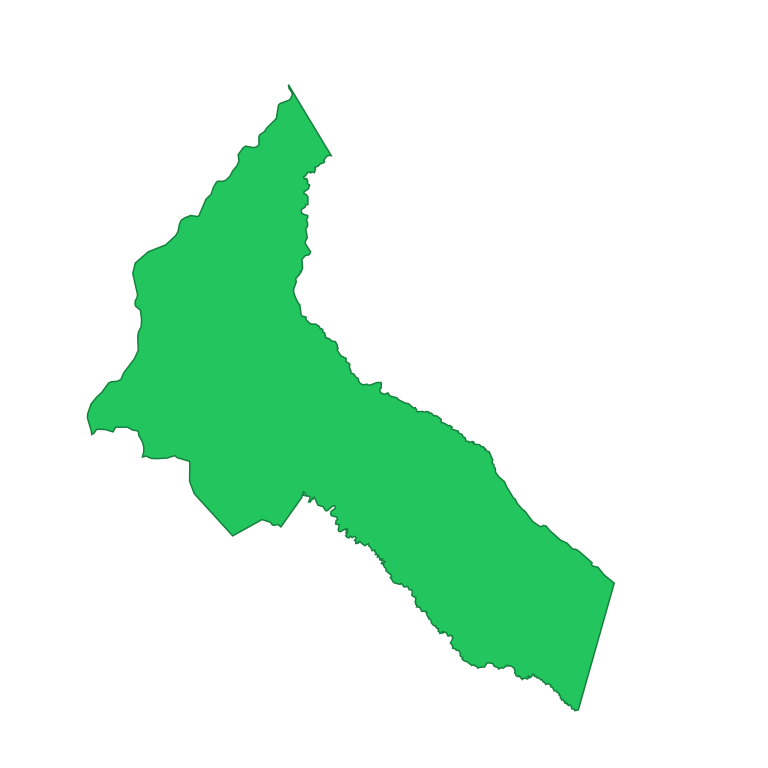 outline of Mitete, Western, Zambia, rotated 196°
{"feature_id": "96606910B13624449135340", "entity_name": "Mitete", "entity_type": "district", "adm_level": 2, "iso_a3": "ZMB", "parent_name": "Zambia", "parent_adm1": "Western", "projection": "mercator", "projection_center": [22.406, -14.284], "detail": "fine", "context": "isolated", "style": "filled", "palette": "green", "viewbox_px": 768, "rotation_deg": 196, "n_neighbors": 0, "source": "geoboundaries", "source_scale": "gbopen_adm2", "svg_char_len": 6171}
<svg xmlns="http://www.w3.org/2000/svg" viewBox="0 0 768 768"><g transform="rotate(196 384 384)"><path d="M558.4,645.4L556.7,641.9L553.0,638.9L551.8,636.5L552.5,632.4L553.1,631.0L561.1,625.1L562.3,622.9L560.7,609.5L567.2,597.9L568.5,593.7L572.2,589.1L572.3,586.7L570.1,579.4L571.7,577.0L574.4,575.3L582.5,574.5L584.4,572.4L587.4,564.3L584.9,558.4L585.5,553.3L588.2,547.1L589.4,541.1L592.2,536.3L594.9,534.4L599.5,533.2L600.7,531.8L602.2,526.0L602.4,518.9L606.0,512.7L608.3,494.7L609.4,493.6L616.2,492.7L621.4,488.7L624.0,485.6L624.7,481.2L624.0,473.6L625.3,468.9L632.3,457.4L647.0,446.2L656.4,431.7L656.0,421.1L645.5,401.9L645.2,398.8L646.0,395.7L645.4,392.3L644.2,390.4L638.4,387.7L634.7,378.9L633.2,372.0L634.3,366.3L633.8,361.7L629.5,348.6L630.8,339.8L637.3,322.8L638.1,316.0L640.7,313.3L646.7,311.0L648.9,309.2L653.1,297.9L656.4,292.6L660.1,284.1L660.6,273.5L659.8,269.8L652.1,257.6L651.1,254.9L649.3,256.7L647.7,261.3L639.6,263.4L631.2,263.3L630.1,268.5L618.6,271.8L612.7,270.4L608.8,271.0L607.0,270.4L605.5,266.9L600.4,261.9L597.5,257.2L596.2,252.3L596.1,247.2L592.7,249.2L587.5,248.3L582.1,249.5L572.2,253.0L565.4,257.4L562.1,256.1L550.1,256.1L549.0,255.0L544.1,237.0L536.2,226.3L487.6,196.3L463.8,220.1L454.7,219.7L453.0,218.0L451.4,217.6L447.1,219.7L443.7,218.2L431.8,252.2L432.0,254.8L429.9,254.9L431.9,257.1L431.7,258.1L430.2,258.0L427.8,254.9L425.0,255.5L423.5,254.8L424.0,249.9L422.4,250.2L421.8,252.5L420.5,253.8L420.5,255.6L419.6,255.8L414.0,249.3L408.7,249.3L405.2,246.1L403.6,246.6L399.9,252.3L398.1,253.3L396.9,252.6L396.7,250.8L399.8,247.0L399.2,243.9L398.0,242.9L393.5,243.1L391.8,242.1L391.4,240.9L392.4,239.7L391.9,236.1L388.1,236.2L387.9,231.6L386.9,230.0L385.2,230.0L381.3,234.0L379.3,234.6L378.7,233.9L380.2,232.7L378.0,231.5L379.6,230.4L378.3,228.9L379.0,227.5L377.3,226.5L375.1,226.5L374.4,228.6L372.3,227.5L370.5,229.4L369.4,229.3L368.3,228.4L369.2,225.5L367.8,225.2L367.2,222.9L364.9,223.9L364.8,225.4L364.0,225.4L364.6,226.1L358.0,223.2L354.8,226.3L353.7,223.9L351.8,223.4L349.6,220.5L346.8,221.7L346.8,220.3L344.4,219.1L345.2,217.8L342.2,217.8L342.6,216.0L341.3,216.7L339.6,213.9L338.3,213.8L338.8,215.1L336.9,215.3L336.8,214.0L334.1,213.5L335.1,211.6L336.8,212.2L337.0,210.7L335.0,210.4L333.1,208.0L331.3,207.3L330.6,205.0L324.9,202.5L323.6,200.8L324.7,199.8L319.8,195.7L313.4,195.8L312.5,197.2L308.7,194.4L305.4,196.0L303.1,193.2L300.8,193.6L299.8,193.0L298.9,188.4L294.3,187.1L293.9,182.8L293.2,182.8L292.8,180.9L291.1,180.4L291.3,178.8L288.0,179.1L285.1,175.8L281.2,177.2L280.9,176.1L279.3,175.8L279.7,174.8L277.6,172.1L276.8,172.2L276.3,170.7L275.7,171.1L273.5,169.5L272.5,167.3L269.5,165.5L267.7,165.8L267.1,164.6L265.3,163.6L264.2,163.8L263.7,161.2L261.8,160.6L261.5,159.6L260.0,160.7L260.0,161.9L258.8,162.3L258.6,161.1L257.7,162.2L255.4,162.2L253.4,159.5L252.0,159.6L251.4,160.7L249.1,160.8L249.1,159.9L247.7,158.9L248.7,153.3L245.6,151.0L245.2,148.9L242.1,149.1L241.2,147.9L238.9,148.6L235.8,145.5L236.2,144.4L235.6,143.5L232.9,142.8L233.3,141.3L231.3,140.1L227.1,139.8L222.2,137.6L220.2,138.8L218.7,138.0L217.7,138.4L215.4,136.7L214.5,137.8L209.3,139.7L208.3,143.7L207.1,144.6L202.4,145.3L200.2,143.0L196.0,142.8L195.3,141.6L193.1,143.7L191.3,143.6L189.7,145.2L189.1,147.0L187.8,146.8L187.7,147.7L185.8,147.3L185.3,148.0L180.5,146.9L180.1,145.5L178.9,144.7L178.8,142.3L177.4,141.5L176.9,140.2L174.5,139.6L173.8,140.8L169.9,138.1L169.7,139.2L169.0,138.9L167.8,140.0L164.8,140.0L163.9,141.6L165.3,142.4L164.5,143.1L162.7,141.9L161.4,143.6L161.4,145.4L160.6,145.3L160.2,146.3L159.0,145.6L158.7,144.4L156.2,144.7L155.7,143.6L154.0,144.1L151.8,142.8L150.6,143.4L149.0,141.6L146.5,141.1L145.9,139.8L143.1,141.3L140.7,140.4L140.4,139.0L138.1,138.6L136.0,136.0L133.5,136.4L132.7,135.3L130.3,134.9L129.8,133.0L128.7,133.0L127.8,130.6L126.4,130.2L126.2,129.2L125.0,130.1L123.5,128.4L122.0,128.5L122.1,127.1L119.6,127.4L119.7,126.6L117.9,125.8L117.6,126.6L116.1,126.7L113.6,123.4L112.1,124.1L110.4,122.6L107.4,124.3L107.8,256.0L120.1,261.3L127.7,266.8L133.1,266.5L134.8,267.4L134.7,269.5L146.4,275.1L152.2,277.6L154.5,278.0L156.9,277.2L164.3,281.5L170.8,282.4L183.8,288.6L189.1,292.1L192.0,292.0L192.6,290.7L195.0,290.0L203.1,292.8L213.5,300.6L217.2,302.1L223.2,306.1L226.0,309.3L228.6,310.5L237.8,319.1L241.4,323.4L247.9,326.3L252.4,329.9L253.9,333.7L255.5,334.9L256.2,336.7L258.2,337.8L258.6,341.1L264.3,347.9L266.5,347.9L268.7,349.5L269.1,348.8L269.9,350.3L271.5,351.0L273.1,350.6L275.3,352.0L280.6,351.0L281.6,352.9L282.8,353.0L282.6,352.2L283.5,352.8L285.5,351.4L286.8,352.1L289.5,351.6L291.0,354.6L293.3,355.0L295.1,357.0L299.2,357.6L299.7,359.2L306.6,359.2L307.1,360.5L306.6,361.3L309.3,362.3L310.7,361.6L315.7,363.0L318.5,362.7L319.3,365.8L324.2,367.8L327.7,367.3L330.3,369.1L332.4,368.3L332.9,369.4L336.0,369.2L336.8,368.2L339.8,368.1L344.3,366.5L347.3,369.9L349.2,369.1L355.0,371.8L358.7,371.5L366.1,373.0L367.7,374.3L374.9,374.1L377.7,376.5L380.9,374.2L384.0,374.5L386.0,375.8L386.5,377.9L385.6,378.9L386.7,384.0L387.4,384.6L391.5,383.3L397.6,378.7L400.5,379.1L403.5,377.4L406.9,377.9L409.7,380.5L410.1,382.0L413.1,382.9L415.8,385.3L418.9,385.5L419.5,387.5L421.8,390.3L422.4,393.7L426.8,395.2L427.5,398.2L433.2,399.2L437.6,403.0L438.4,404.4L438.0,405.8L439.2,406.5L439.3,408.1L442.5,411.4L446.1,410.9L449.2,412.5L452.7,412.4L455.1,416.7L457.3,417.3L457.9,419.6L460.7,419.9L462.4,421.6L466.0,422.7L471.4,421.5L477.0,424.6L477.3,426.8L481.4,426.7L482.7,427.6L486.8,437.0L488.9,438.2L493.2,443.0L496.4,447.8L497.0,450.2L496.5,458.0L497.9,460.9L495.2,466.6L495.4,469.0L494.5,468.9L494.2,473.0L497.3,481.3L495.0,485.8L491.5,487.7L491.0,490.8L498.4,497.3L498.9,499.9L498.0,503.4L502.0,511.6L501.0,514.3L501.7,517.3L503.9,520.7L503.2,523.1L503.8,524.9L507.3,524.9L510.3,525.8L511.1,526.9L511.3,529.3L508.7,532.1L508.5,534.6L506.6,535.5L508.6,542.6L510.6,544.5L513.4,545.2L514.0,546.4L510.5,550.7L510.3,554.8L512.9,555.6L513.4,558.4L515.1,560.2L517.0,559.1L518.5,561.2L516.9,562.3L515.7,566.2L513.8,567.4L512.7,566.7L511.5,568.1L509.2,568.0L509.0,571.5L510.2,573.2L507.4,575.2L506.1,577.9L502.8,580.3L502.5,581.4L503.6,582.4L501.9,587.1L499.5,588.8L497.7,589.0L558.4,645.4Z" fill="#22c55e" stroke="#15803d" stroke-width="1.5"/></g></svg>